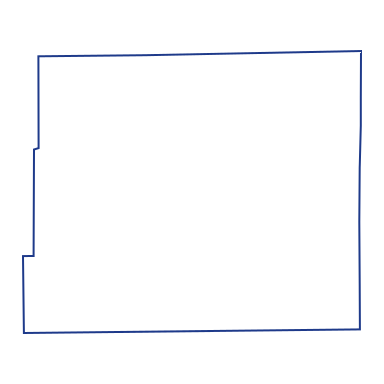 Jay, Indiana, United States of America
{"feature_id": "52423323B29705647832247", "entity_name": "Jay", "entity_type": "district", "adm_level": 2, "iso_a3": "USA", "parent_name": "United States of America", "parent_adm1": "Indiana", "projection": "equal_earth", "projection_center": [-84.999, 40.439], "detail": "fine", "context": "isolated", "style": "outline", "palette": "blue", "viewbox_px": 384, "rotation_deg": 0, "n_neighbors": 0, "source": "geoboundaries", "source_scale": "gbopen_adm2", "svg_char_len": 329}
<svg xmlns="http://www.w3.org/2000/svg" viewBox="0 0 384 384"><path d="M38.4,56.3L38.6,148.1L34.0,149.5L33.6,252.1L33.6,256.0L29.8,256.0L23.0,256.1L23.9,333.0L359.9,329.4L359.7,284.1L359.3,221.6L359.7,167.4L359.8,164.4L360.8,125.7L360.8,97.9L361.0,51.0L145.7,55.2L38.4,56.3Z" fill="none" stroke="#1e3a8a" stroke-width="2"/></svg>